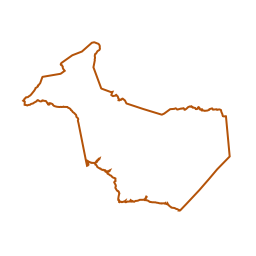 Ontario, Equal Earth projection, rotated 170°
{"feature_id": "CAN-682", "entity_name": "Ontario", "entity_type": "Province", "adm_level": 1, "iso_a3": "CAN", "parent_name": "Canada", "parent_adm1": "", "projection": "equal_earth", "projection_center": [-83.246, 49.265], "detail": "fine", "context": "isolated", "style": "outline", "palette": "amber", "viewbox_px": 256, "rotation_deg": 170, "n_neighbors": 0, "source": "natural_earth", "source_scale": "10m", "svg_char_len": 5740}
<svg xmlns="http://www.w3.org/2000/svg" viewBox="0 0 256 256"><g transform="rotate(170 128 128)"><path d="M82.8,139.2L80.3,138.9L79.7,138.9L79.1,138.8L77.8,139.1L77.1,138.7L76.4,137.7L75.9,137.6L72.6,137.9L72.4,137.8L72.0,137.9L71.5,137.7L70.0,137.9L69.7,137.7L69.4,137.0L69.1,136.7L69.2,136.3L68.9,136.1L68.4,136.2L67.0,136.9L65.0,138.2L64.2,138.3L63.6,138.5L63.0,138.3L62.2,138.4L62.2,138.1L62.1,137.9L61.1,137.8L60.9,137.6L61.1,137.3L60.7,136.8L59.7,136.6L58.5,136.1L58.2,135.8L58.0,134.9L57.7,134.8L56.9,134.7L55.7,135.0L55.6,135.9L55.2,136.2L54.8,136.3L54.0,135.0L54.0,134.2L53.8,133.7L53.5,133.6L52.3,133.7L51.8,133.6L51.7,133.4L51.8,133.1L52.6,132.9L52.4,132.5L50.2,132.0L49.6,131.6L46.7,131.4L44.9,131.8L44.8,132.2L44.5,132.4L42.0,132.7L41.8,132.7L41.5,132.4L41.3,131.5L41.0,131.3L37.6,131.1L37.4,131.0L37.4,130.6L37.1,130.4L35.0,130.5L34.3,130.2L33.4,129.6L33.3,129.2L33.3,127.9L32.6,124.9L32.7,124.4L32.5,123.2L31.7,122.8L31.2,122.7L30.1,122.7L29.5,122.5L32.8,82.3L47.4,71.8L57.1,63.7L68.6,54.4L83.8,43.0L90.9,37.8L91.4,37.7L91.6,38.0L92.0,38.0L91.8,38.3L92.8,38.9L93.5,39.5L94.5,39.9L95.5,40.7L96.3,41.2L98.6,41.9L99.2,42.2L99.4,42.7L100.3,43.5L101.4,44.9L101.5,45.3L101.8,45.4L102.2,46.0L102.5,46.1L102.5,46.3L102.1,46.7L102.2,47.0L102.6,46.5L103.3,46.5L103.4,46.8L104.5,47.0L104.4,47.6L104.9,47.4L107.1,47.8L107.8,47.7L108.0,47.8L107.9,47.9L108.0,48.0L108.7,48.0L109.2,48.2L110.1,48.4L111.3,49.0L113.1,49.6L113.8,50.0L117.2,50.7L118.4,51.2L119.1,51.3L119.2,51.5L120.1,52.1L120.3,52.4L121.3,53.2L122.8,53.8L124.1,54.1L124.1,54.3L124.1,54.6L123.4,54.8L123.2,55.2L122.8,55.4L122.3,56.2L121.7,56.7L121.6,56.9L121.7,57.2L121.4,57.9L121.9,57.5L122.3,56.6L123.4,55.3L123.8,55.0L124.7,54.7L125.7,54.7L128.6,55.2L129.1,55.2L130.3,54.8L132.0,54.7L133.3,54.9L134.7,54.3L136.1,54.8L136.4,55.1L136.5,55.2L136.4,55.4L136.6,55.5L136.7,55.2L137.1,55.4L137.5,55.4L137.9,55.8L137.7,56.2L137.9,56.5L138.0,56.4L137.8,56.2L138.0,55.9L137.8,55.7L137.7,55.4L136.9,55.1L136.6,54.9L136.8,54.8L137.8,55.0L138.6,55.3L140.9,55.5L141.3,55.7L142.6,55.3L143.1,55.3L143.6,55.5L143.8,56.0L143.4,56.7L143.6,56.6L144.0,56.2L145.0,56.3L146.1,56.0L146.8,56.3L147.0,56.3L146.9,56.1L147.1,56.1L148.1,56.6L148.2,56.9L149.0,57.1L148.8,56.8L149.0,56.6L148.6,56.1L149.6,56.6L149.6,56.8L149.3,57.6L149.5,58.1L149.4,58.6L149.6,59.2L150.0,59.3L150.0,59.7L149.0,62.6L148.5,63.7L148.1,64.7L147.9,64.9L147.9,65.3L148.1,65.5L148.1,66.6L148.6,67.3L148.6,67.5L149.0,67.6L149.7,68.3L150.8,71.1L150.7,71.9L150.1,72.7L150.0,73.4L150.1,73.6L150.1,74.3L150.6,75.5L151.0,77.0L150.7,77.3L149.7,77.9L149.8,78.0L149.4,79.0L149.3,79.9L149.5,80.4L149.3,80.6L149.9,81.1L150.9,81.5L151.7,82.1L152.1,82.6L152.2,82.8L152.4,83.1L152.8,83.9L153.7,84.4L155.0,85.8L156.0,86.5L156.1,86.8L155.9,87.0L156.1,87.6L156.8,88.2L155.7,88.1L154.5,88.5L154.3,88.8L154.0,88.7L153.7,88.7L153.3,89.0L153.7,88.9L153.2,89.5L153.6,89.4L154.4,88.9L156.5,89.0L157.0,89.2L157.7,90.2L158.0,90.5L158.8,90.7L159.8,91.2L160.3,91.1L160.7,91.4L161.4,91.7L162.0,92.7L162.2,92.9L162.9,93.0L163.0,93.2L164.0,94.0L165.0,95.0L165.0,95.3L165.7,97.1L166.0,97.4L166.5,97.7L166.6,99.1L164.8,99.8L164.1,100.5L163.7,101.1L162.7,101.6L162.2,102.2L161.5,102.5L161.3,102.9L162.0,102.6L162.1,102.9L161.8,103.1L162.2,102.9L162.5,102.2L162.8,101.9L163.5,101.7L164.2,101.4L164.4,101.1L165.0,100.7L165.3,100.2L166.8,99.3L167.0,99.3L168.7,99.8L169.6,99.8L169.9,100.2L170.7,100.3L171.3,100.9L172.9,101.9L173.3,102.5L174.6,103.5L175.1,104.0L175.9,141.1L176.1,143.9L176.0,144.2L175.5,145.2L175.5,145.6L175.7,146.4L176.8,147.8L176.9,148.4L176.8,149.5L177.0,150.1L177.7,151.0L178.3,152.0L179.6,153.3L180.3,154.8L180.5,155.1L181.1,155.6L181.3,156.4L181.6,156.9L182.3,157.6L183.6,158.5L184.0,159.2L186.8,159.8L187.6,159.9L187.8,160.2L188.6,160.1L189.8,160.2L190.5,160.5L191.6,160.5L194.2,161.2L196.0,162.0L197.1,162.7L197.8,163.5L197.9,164.1L198.4,164.8L199.3,165.4L200.7,166.1L201.3,166.0L201.4,165.8L201.3,165.1L201.3,164.9L201.8,164.7L202.4,164.9L202.7,165.2L202.8,166.2L203.0,166.7L203.4,166.9L203.6,167.7L204.1,168.7L204.4,168.9L206.2,169.4L207.1,170.0L207.5,170.0L207.9,169.9L208.2,169.4L209.1,169.3L209.9,169.5L210.8,170.1L211.6,170.9L212.0,171.1L212.7,170.9L213.5,170.1L214.3,169.9L216.5,169.1L217.2,168.7L219.4,168.5L220.5,167.9L222.1,168.0L223.3,167.7L224.3,168.3L225.2,168.5L225.8,168.8L225.1,171.9L226.5,173.1L225.9,173.6L225.3,173.8L224.9,174.3L224.8,174.8L223.6,175.4L223.1,175.9L221.2,175.8L219.8,176.6L219.1,176.8L217.8,177.6L213.8,181.1L212.5,182.6L212.2,183.3L210.3,184.1L209.5,184.6L209.3,185.0L209.4,185.4L209.2,185.6L207.9,186.2L207.7,186.6L206.7,187.4L203.5,193.0L203.1,193.2L185.1,193.1L184.5,193.3L180.4,195.3L181.6,197.6L181.8,199.0L181.6,199.8L182.0,200.4L182.0,201.0L182.4,201.5L183.1,201.8L183.2,202.1L183.1,202.6L182.7,203.2L182.1,203.7L170.2,209.3L160.1,211.3L148.8,218.2L146.5,218.3L146.0,218.1L142.5,216.0L141.9,215.0L141.6,214.0L141.6,213.4L141.8,212.5L141.9,210.9L142.4,210.1L142.8,209.7L143.7,209.4L144.8,208.9L146.6,206.8L147.3,206.7L147.8,206.0L148.2,204.8L148.3,203.9L148.2,203.5L148.2,203.3L148.5,202.2L148.9,201.4L148.9,200.5L151.5,193.8L147.5,171.7L147.1,171.3L138.5,166.3L137.0,166.3L137.8,165.1L138.7,163.4L137.7,162.3L137.2,162.0L135.8,162.1L135.1,162.0L134.7,162.1L134.2,162.6L133.9,162.7L133.4,162.0L133.3,161.6L132.7,161.0L132.6,160.7L132.4,159.6L132.5,159.2L132.1,158.5L132.0,158.1L132.5,157.0L131.7,156.7L130.6,157.3L130.2,157.0L129.8,157.0L129.5,157.1L128.8,157.8L128.4,157.9L128.1,157.8L126.2,155.6L125.4,152.8L125.2,152.4L109.6,144.0L92.7,135.4L92.2,135.3L89.9,135.9L83.2,139.2L82.8,139.2ZM175.1,103.7L174.8,103.4L173.7,102.6L173.3,102.2L173.0,101.5L172.9,101.0L173.5,99.6L173.3,99.0L173.3,98.7L173.9,98.4L174.1,98.1L174.9,97.9L175.1,103.7Z" fill="none" stroke="#b45309" stroke-width="2"/></g></svg>